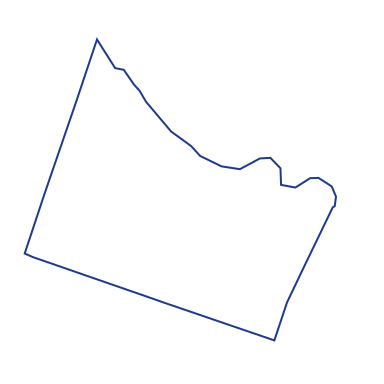 Morgan, Alabama, United States of America, rotated 18°
{"feature_id": "52423323B17424718364121", "entity_name": "Morgan", "entity_type": "district", "adm_level": 2, "iso_a3": "USA", "parent_name": "United States of America", "parent_adm1": "Alabama", "projection": "mercator", "projection_center": [-86.8, 34.495], "detail": "fine", "context": "isolated", "style": "outline", "palette": "blue", "viewbox_px": 384, "rotation_deg": 18, "n_neighbors": 0, "source": "geoboundaries", "source_scale": "gbopen_adm2", "svg_char_len": 586}
<svg xmlns="http://www.w3.org/2000/svg" viewBox="0 0 384 384"><g transform="rotate(18 192 192)"><path d="M316.2,307.7L316.3,291.4L316.5,267.5L320.3,239.0L320.4,237.8L330.6,163.1L332.1,161.4L330.4,151.9L323.1,143.5L307.9,139.5L300.0,142.4L289.0,155.8L274.5,157.7L268.8,142.1L256.0,135.3L246.2,139.1L230.5,155.5L212.1,158.5L188.6,155.2L177.0,148.6L153.4,140.9L120.6,120.5L116.9,117.3L111.0,112.0L103.7,107.8L89.4,96.9L80.6,97.9L54.5,76.3L54.1,125.2L53.9,144.1L52.3,240.4L51.9,302.2L61.0,303.1L187.7,305.6L199.8,305.9L316.2,307.7Z" fill="none" stroke="#1e3a8a" stroke-width="2"/></g></svg>